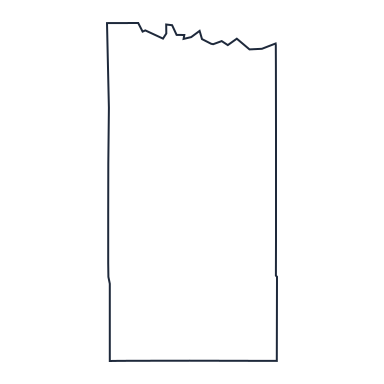 outline of Grady, Oklahoma, United States of America
{"feature_id": "52423323B95239416662840", "entity_name": "Grady", "entity_type": "district", "adm_level": 2, "iso_a3": "USA", "parent_name": "United States of America", "parent_adm1": "Oklahoma", "projection": "mercator", "projection_center": [-97.892, 35.03], "detail": "fine", "context": "isolated", "style": "outline", "palette": "slate", "viewbox_px": 384, "rotation_deg": 0, "n_neighbors": 0, "source": "geoboundaries", "source_scale": "gbopen_adm2", "svg_char_len": 594}
<svg xmlns="http://www.w3.org/2000/svg" viewBox="0 0 384 384"><path d="M109.8,361.0L116.5,360.9L130.5,360.8L189.8,360.7L276.8,360.9L277.0,276.8L275.9,275.6L276.0,241.6L276.0,128.9L275.9,65.3L275.8,45.0L275.6,43.5L261.9,48.8L249.5,49.4L239.9,41.3L236.8,38.7L227.8,45.1L221.7,41.1L213.2,44.2L211.2,43.8L202.0,39.1L199.6,30.9L191.2,37.1L183.6,38.9L184.3,35.0L176.6,34.9L172.1,25.2L166.2,24.5L166.3,33.5L163.0,38.6L145.3,30.4L142.6,31.6L138.2,23.0L107.0,23.1L108.9,107.8L108.3,163.7L108.2,213.8L108.2,262.9L108.4,276.9L109.8,283.8L109.8,361.0Z" fill="none" stroke="#1e293b" stroke-width="2"/></svg>